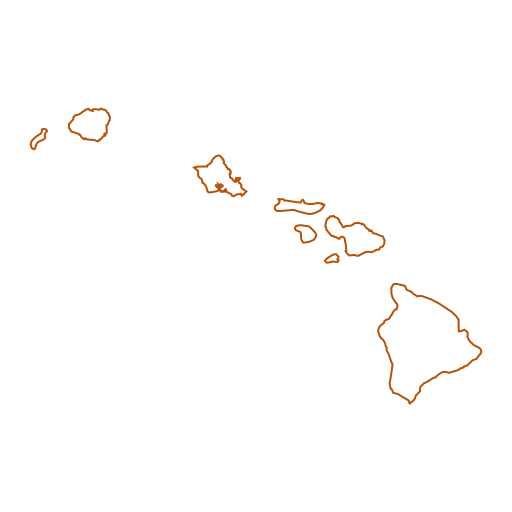 map outline of Hawaii (Mercator projection)
{"feature_id": "USA-3517", "entity_name": "Hawaii", "entity_type": "State", "adm_level": 1, "iso_a3": "USA", "parent_name": "United States of America", "parent_adm1": "", "projection": "mercator", "projection_center": [-158.302, 23.654], "detail": "fine", "context": "isolated", "style": "outline", "palette": "amber", "viewbox_px": 512, "rotation_deg": 0, "n_neighbors": 0, "source": "natural_earth", "source_scale": "10m", "svg_char_len": 6052}
<svg xmlns="http://www.w3.org/2000/svg" viewBox="0 0 512 512"><path d="M474.2,345.4L478.6,347.4L480.3,348.9L481.3,350.7L481.0,353.1L476.2,359.0L472.6,360.3L467.3,365.4L463.8,366.5L463.7,367.5L460.7,368.2L458.1,370.1L449.0,372.8L445.5,371.9L443.5,371.9L441.7,372.4L437.2,375.5L435.7,377.4L434.0,377.6L432.7,378.2L429.6,380.3L425.4,382.7L424.2,383.1L420.6,386.6L419.9,388.0L420.1,391.2L415.9,395.5L414.6,399.1L413.4,400.5L409.9,403.5L409.2,403.0L409.2,401.1L407.5,399.7L404.1,397.9L398.1,394.1L393.1,392.7L392.0,389.5L390.9,389.1L390.2,386.8L389.6,383.1L390.5,378.6L392.4,365.9L392.3,363.7L391.2,361.6L388.2,353.0L387.4,351.9L386.6,350.1L386.8,348.1L385.8,346.3L385.3,344.3L384.4,341.8L383.0,339.7L381.7,338.7L379.9,336.5L378.0,331.0L378.8,328.5L379.7,326.4L381.5,324.8L383.2,323.6L384.0,322.8L384.4,321.1L385.6,320.1L389.1,318.8L390.8,315.9L391.6,314.9L393.4,311.6L395.3,309.4L396.6,309.4L397.5,305.5L397.0,303.8L395.6,302.5L392.7,298.0L391.5,294.1L391.3,288.1L392.9,285.0L394.0,284.0L396.9,284.0L404.7,285.7L405.1,286.2L405.4,286.8L405.5,287.7L406.9,289.9L410.0,291.2L412.1,292.4L413.6,294.2L415.6,295.1L417.2,296.4L419.2,295.9L422.2,296.1L431.0,299.3L438.3,303.1L451.9,312.0L456.3,316.4L458.6,319.6L458.6,327.7L458.8,331.3L461.1,331.2L464.3,329.7L466.7,331.4L467.8,333.2L467.5,337.0L468.6,339.3L470.0,341.5L474.2,345.4ZM382.8,236.5L384.6,240.3L384.2,243.8L382.7,246.6L380.6,247.2L378.9,249.7L376.7,249.7L372.2,252.1L367.6,251.8L366.0,251.9L357.9,255.9L353.7,254.9L352.6,255.2L349.1,255.4L346.8,253.2L346.6,252.3L345.5,251.1L346.2,250.4L346.2,248.9L345.6,243.0L344.9,241.4L345.0,239.6L344.4,238.1L343.5,237.3L342.7,236.8L341.4,236.8L340.2,237.4L339.7,238.6L338.7,238.8L336.3,237.2L334.5,236.9L332.7,235.7L331.5,235.9L330.4,234.4L328.5,232.3L326.2,229.2L326.1,227.3L325.2,226.2L326.1,221.9L326.8,219.8L327.7,218.4L328.7,218.3L329.4,217.6L329.5,216.9L330.2,216.3L331.9,216.5L332.6,216.3L332.9,215.9L333.4,215.8L334.1,216.3L334.7,217.1L335.6,217.3L338.0,218.4L338.4,219.6L339.3,219.9L339.6,221.0L339.6,222.1L340.7,223.2L343.0,227.2L344.5,227.1L345.4,226.0L347.0,226.0L351.6,225.5L354.2,223.5L355.5,223.1L358.2,222.9L359.6,223.2L361.3,223.7L361.8,224.3L362.8,223.9L364.1,224.8L364.6,225.8L366.6,228.1L368.1,229.1L369.2,230.1L369.3,230.9L370.7,231.0L371.0,230.5L372.1,231.4L372.5,232.6L373.1,233.3L375.9,233.7L378.7,235.1L382.8,236.5ZM241.4,187.4L242.3,188.8L245.8,191.0L246.4,191.5L242.6,195.4L241.7,195.7L241.4,195.1L241.4,194.3L240.7,193.7L238.5,194.3L236.7,194.5L235.2,195.2L234.1,196.1L232.8,196.1L232.2,195.8L231.2,194.1L227.1,192.2L226.2,190.9L225.8,190.1L225.8,189.2L225.2,189.5L224.1,190.6L225.0,191.6L221.5,191.8L221.6,191.4L222.1,191.1L221.4,190.6L220.1,190.6L219.8,189.0L220.0,188.4L219.8,187.8L222.4,186.5L222.8,185.7L221.8,184.9L220.4,184.2L220.0,184.5L219.7,185.7L219.0,185.3L217.8,184.0L217.9,185.2L218.4,186.5L218.0,186.8L215.4,184.7L216.0,186.1L217.4,187.5L219.2,189.1L218.7,190.4L217.2,191.1L212.2,192.1L210.7,192.2L209.3,192.6L207.6,191.6L206.8,188.6L205.9,186.2L204.1,183.6L202.5,182.9L202.1,180.5L201.6,179.2L199.2,177.3L198.2,175.8L198.1,171.4L197.6,170.6L194.0,167.5L194.5,167.3L197.5,166.7L201.0,166.5L204.7,166.6L205.8,166.3L207.1,166.6L207.4,165.5L207.8,165.0L209.3,164.1L211.7,162.2L211.5,161.6L212.9,159.0L215.9,156.3L218.6,155.5L219.6,155.6L220.2,156.0L221.2,157.3L222.6,158.4L222.6,159.4L223.4,159.7L223.4,160.5L224.1,161.3L223.7,162.9L224.8,164.4L225.9,165.5L226.4,167.0L227.3,167.5L227.8,169.1L228.4,168.9L229.3,169.2L230.7,171.2L230.7,173.3L230.0,173.2L229.6,173.8L230.2,177.7L232.0,178.4L233.4,180.6L234.7,181.0L234.8,181.7L235.7,182.0L237.0,180.2L235.8,179.4L235.9,178.3L236.8,177.9L238.8,178.2L239.9,177.9L240.1,178.6L238.9,179.8L238.6,181.4L238.8,182.7L240.2,183.5L241.2,184.6L241.5,185.4L241.1,186.4L241.4,187.4ZM109.2,116.1L109.9,116.5L109.8,120.0L109.0,121.1L107.8,124.5L106.6,125.2L106.5,127.7L106.8,131.0L106.7,132.7L106.5,133.4L105.4,133.4L104.4,133.8L105.0,134.5L105.4,135.3L104.9,135.9L103.9,135.8L102.5,137.0L101.9,138.1L99.8,139.6L99.7,140.3L98.8,140.4L97.9,141.4L94.2,140.0L92.0,139.8L90.3,139.8L85.9,139.1L85.2,138.4L84.9,138.5L84.8,139.1L84.0,139.3L83.6,138.6L82.5,138.1L81.6,137.3L81.0,136.5L80.3,135.0L79.3,134.8L79.0,134.0L78.1,133.6L76.5,133.4L74.2,132.3L72.6,132.0L71.2,131.5L70.5,130.0L70.2,129.2L69.5,128.8L68.9,127.9L69.1,124.5L69.0,123.7L69.8,123.4L73.2,119.3L73.5,117.0L74.0,116.8L74.8,115.5L78.8,114.5L81.2,113.0L82.7,111.7L84.6,110.8L85.3,109.8L86.4,109.4L87.3,109.4L87.9,108.8L88.7,108.9L89.3,109.5L89.6,110.1L91.4,110.5L92.1,111.0L92.8,110.9L92.6,110.3L92.8,109.6L94.3,109.0L95.8,109.3L97.7,109.3L98.7,109.9L99.4,109.7L101.1,108.5L103.2,109.7L104.5,109.7L106.1,110.6L106.7,111.9L107.8,113.0L108.3,113.1L109.2,116.1ZM320.8,203.5L321.7,203.4L322.2,203.7L321.9,204.2L322.5,204.4L323.8,204.4L324.4,204.8L322.8,207.7L320.3,210.3L317.2,212.0L314.0,213.3L310.8,214.0L307.6,213.7L304.4,213.0L298.0,211.3L294.0,209.9L284.5,210.6L281.6,211.0L279.2,210.9L277.4,211.0L275.8,210.3L274.8,209.0L274.8,207.3L275.5,205.9L276.4,204.9L277.9,204.3L279.2,202.7L279.6,201.0L278.6,199.6L278.5,199.0L280.7,199.3L282.7,199.2L283.7,199.5L284.4,200.5L285.6,200.5L297.7,202.3L300.9,202.5L301.5,201.5L301.6,200.7L302.1,200.0L302.9,199.8L304.0,201.3L304.4,202.9L308.6,204.1L312.7,203.9L314.6,203.7L316.6,203.0L317.3,203.1L318.8,203.0L320.8,203.5ZM312.6,229.7L315.3,232.8L316.1,234.3L316.3,235.4L315.8,236.9L314.0,239.7L310.2,241.4L307.2,242.3L303.2,242.5L301.5,240.1L301.1,238.0L301.0,234.3L300.7,232.4L299.3,231.5L295.8,230.2L294.8,228.5L295.5,226.6L297.4,225.6L300.8,225.2L308.9,226.4L312.6,229.7ZM41.9,129.6L43.3,128.9L44.7,129.0L46.3,129.6L47.0,131.1L45.3,133.2L44.7,135.2L45.3,137.6L44.2,139.1L41.5,140.5L40.0,141.0L38.1,142.2L37.1,143.1L36.4,144.5L34.8,148.9L33.8,149.3L32.7,148.5L31.8,148.1L30.7,145.0L30.9,143.0L31.8,140.8L35.1,137.5L37.7,135.5L41.0,133.5L41.9,131.3L41.9,129.6ZM336.4,254.4L338.5,256.8L337.4,259.4L338.7,260.3L337.8,261.9L335.4,261.9L333.2,261.5L329.3,262.4L326.6,262.7L324.9,260.8L325.9,259.5L327.6,258.0L332.5,255.0L334.6,254.2L336.4,254.4Z" fill="none" stroke="#b45309" stroke-width="2"/></svg>